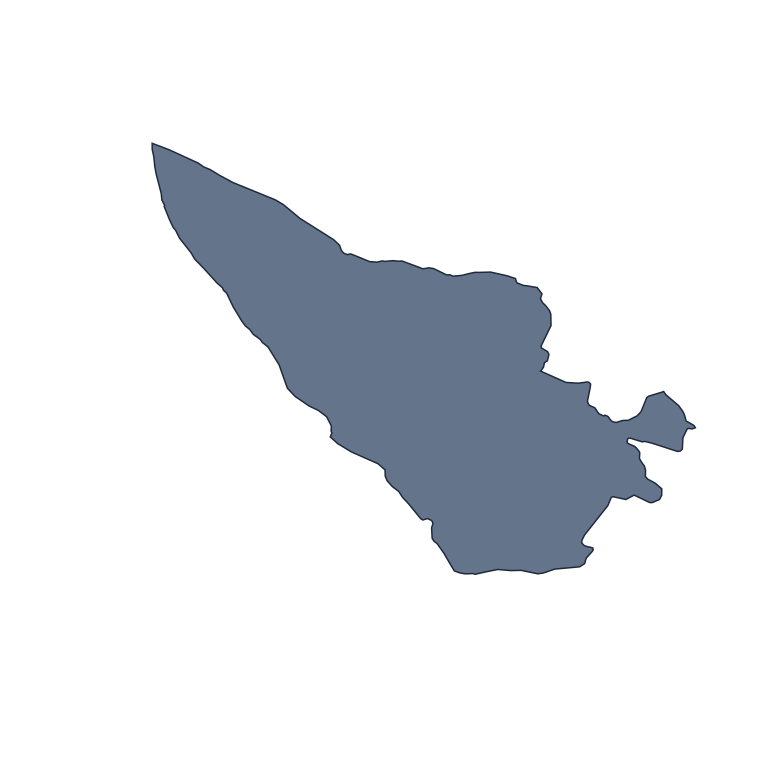 Siquinalá, Escuintla, Guatemala (Equal Earth projection), rotated 292°
{"feature_id": "79465075B25163774414820", "entity_name": "Siquinalá", "entity_type": "district", "adm_level": 2, "iso_a3": "GTM", "parent_name": "Guatemala", "parent_adm1": "Escuintla", "projection": "equal_earth", "projection_center": [-90.935, 14.363], "detail": "fine", "context": "isolated", "style": "filled", "palette": "slate", "viewbox_px": 768, "rotation_deg": 292, "n_neighbors": 0, "source": "geoboundaries", "source_scale": "gbopen_adm2", "svg_char_len": 2910}
<svg xmlns="http://www.w3.org/2000/svg" viewBox="0 0 768 768"><g transform="rotate(292 384 384)"><path d="M520.3,78.9L514.7,81.2L512.2,82.9L508.5,85.4L499.6,90.1L498.5,90.8L493.5,94.0L477.0,106.2L471.3,109.2L467.3,113.8L466.2,113.7L455.8,123.8L450.0,130.1L448.7,132.9L442.6,139.8L433.4,155.9L428.9,161.7L423.5,174.0L415.1,191.3L412.7,198.2L410.8,200.0L409.4,203.9L399.0,215.3L389.6,227.8L385.9,233.7L384.2,239.2L381.0,244.3L379.1,252.2L376.9,255.8L374.9,262.6L362.4,279.6L343.9,296.0L340.3,303.8L339.1,306.5L335.5,323.1L334.9,333.1L332.2,343.0L325.4,350.9L320.5,352.6L319.1,354.0L314.8,354.0L311.4,363.4L308.8,379.2L307.8,408.5L304.7,417.2L299.1,419.6L295.5,423.1L292.0,430.2L289.9,437.9L285.9,443.6L282.0,451.9L272.8,468.6L272.5,471.1L275.5,474.6L275.4,478.2L274.8,480.0L273.7,481.1L272.6,481.7L268.5,482.0L258.9,486.5L256.9,489.3L256.0,492.9L249.7,502.7L242.3,512.2L237.0,519.3L237.3,525.3L238.4,530.5L241.6,537.6L241.7,539.8L248.1,549.0L254.6,558.9L258.5,571.5L262.6,581.0L265.6,597.7L268.5,602.6L276.3,611.6L287.8,633.9L292.7,637.3L298.1,636.7L307.1,639.9L308.9,640.0L310.2,639.0L310.0,636.8L309.4,633.8L309.2,630.3L310.1,628.1L310.8,627.0L312.7,626.1L315.4,626.2L318.9,626.5L322.5,627.5L355.1,637.1L363.9,637.2L365.3,638.4L367.5,651.5L374.7,657.6L373.6,674.7L374.5,677.1L380.1,682.7L384.7,683.2L390.9,680.8L393.7,672.4L394.6,664.0L396.3,660.9L401.9,658.9L405.5,656.2L407.2,653.3L409.2,650.5L410.5,648.9L411.8,648.3L415.9,647.0L416.8,646.1L417.8,644.6L419.3,641.8L420.1,639.3L420.2,633.5L420.5,631.7L422.1,630.9L424.0,630.5L425.4,631.1L426.0,632.3L427.1,645.1L428.5,647.5L429.5,654.4L431.4,681.3L432.7,683.7L435.4,685.0L446.1,681.3L455.5,681.9L456.7,682.4L457.8,686.6L460.1,689.1L461.7,686.8L462.9,677.9L465.1,676.3L466.7,675.1L468.5,673.6L470.4,671.5L474.3,665.4L479.7,649.2L481.8,646.1L480.2,644.3L472.0,634.1L469.9,632.7L454.7,632.7L449.2,630.6L445.3,627.0L442.0,624.3L439.5,618.8L435.3,613.6L434.7,610.6L435.0,608.4L437.8,603.8L437.9,600.6L436.6,599.6L437.0,594.2L440.9,588.4L441.1,582.3L442.3,580.7L444.5,579.0L453.8,577.3L458.1,576.5L461.3,575.6L462.3,573.7L462.1,571.7L461.3,570.4L460.0,568.2L457.5,563.7L453.6,552.1L454.6,524.4L459.2,525.6L463.9,524.8L466.8,526.8L473.1,525.9L475.3,523.5L476.3,516.8L477.8,515.4L500.7,517.0L511.2,512.5L512.7,511.2L514.0,510.0L516.8,505.3L518.0,502.6L518.7,500.7L521.7,497.1L526.8,496.7L530.8,489.9L528.6,479.8L527.6,476.1L527.6,469.2L531.0,466.4L530.5,457.9L527.7,440.9L523.2,430.6L522.3,428.3L521.5,426.3L517.8,420.8L514.1,415.9L509.9,407.8L509.9,403.9L508.6,401.4L509.6,386.8L508.5,382.0L505.4,377.1L504.8,354.7L503.3,351.5L501.7,346.0L498.0,338.9L497.5,336.3L494.3,331.7L492.1,324.7L492.2,304.7L491.2,302.8L490.2,301.6L490.2,297.8L491.6,294.7L496.0,290.8L498.9,283.4L502.7,262.6L506.0,244.2L512.6,223.6L514.0,214.5L514.2,168.3L515.9,153.3L517.7,142.3L517.7,135.4L519.2,129.4L520.7,97.1L520.3,78.9Z" fill="#64748b" stroke="#1e293b" stroke-width="1.5"/></g></svg>